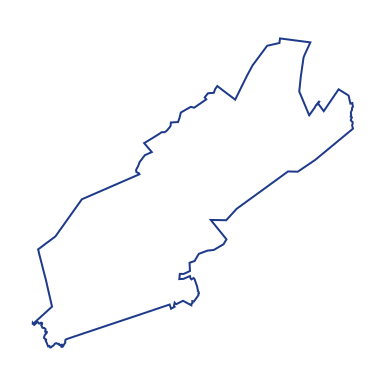 outline of Rayones, Nuevo León, Mexico, rotated 88°
{"feature_id": "50627088B56763529788020", "entity_name": "Rayones", "entity_type": "district", "adm_level": 2, "iso_a3": "MEX", "parent_name": "Mexico", "parent_adm1": "Nuevo León", "projection": "orthographic", "projection_center": [-100.065, 25.075], "detail": "fine", "context": "isolated", "style": "outline", "palette": "blue", "viewbox_px": 384, "rotation_deg": 88, "n_neighbors": 0, "source": "geoboundaries", "source_scale": "gbopen_adm2", "svg_char_len": 3780}
<svg xmlns="http://www.w3.org/2000/svg" viewBox="0 0 384 384"><g transform="rotate(88 192 192)"><path d="M41.6,98.7L46.1,99.4L48.5,111.8L67.5,127.0L77.7,133.0L101.2,145.6L91.4,157.7L87.0,163.0L90.0,165.3L93.6,166.7L93.9,172.6L97.9,176.0L99.9,174.5L107.8,186.8L106.9,190.4L112.2,200.4L117.8,202.0L121.6,203.5L121.8,210.7L124.8,211.0L126.5,212.0L130.0,215.3L131.3,217.2L131.2,220.3L132.7,222.6L141.5,238.1L150.7,230.8L153.6,237.9L160.3,243.3L164.2,244.9L166.0,246.0L168.0,247.1L170.1,246.9L170.7,245.8L171.5,244.3L172.4,243.9L195.4,302.3L218.5,320.0L231.7,330.1L235.8,336.1L236.5,337.0L237.3,338.2L237.3,338.3L244.0,347.8L246.3,347.3L247.5,347.1L260.7,344.2L264.1,343.5L264.9,343.3L265.8,343.1L267.6,342.7L273.7,341.3L301.7,335.9L318.0,355.2L317.3,355.7L318.2,355.8L319.3,354.3L317.9,352.6L316.8,351.4L316.8,351.1L316.7,350.7L316.9,350.2L317.5,349.9L318.0,349.7L318.1,349.3L318.1,348.7L317.8,348.1L317.5,347.8L317.3,347.4L317.3,347.1L317.4,346.8L317.6,346.6L317.9,346.4L318.2,346.3L318.6,346.4L318.8,346.5L319.2,346.6L319.5,346.9L319.7,347.2L319.9,347.3L320.7,346.9L321.3,346.7L322.2,346.4L322.7,345.7L322.6,344.7L323.1,344.0L323.5,343.5L323.7,343.3L324.0,343.2L324.3,343.1L324.7,343.2L325.0,343.3L325.3,343.4L325.6,343.5L325.8,343.6L326.1,343.6L326.4,343.6L326.5,343.6L326.7,343.4L326.7,343.2L326.6,342.8L326.6,342.4L326.6,342.1L326.9,341.9L327.0,341.9L327.3,342.0L327.9,342.3L328.2,342.5L328.4,342.7L328.5,342.9L328.8,343.1L329.1,343.6L329.5,343.8L329.9,344.1L330.2,344.3L330.8,344.5L331.1,344.6L331.5,344.8L331.8,344.9L332.2,344.9L332.5,344.9L332.8,344.9L333.2,344.6L333.4,344.4L333.5,344.2L333.8,343.7L334.1,343.3L334.2,343.1L334.5,342.9L335.0,343.0L335.3,343.4L341.2,341.2L341.0,340.7L340.9,340.3L340.9,340.0L341.1,339.8L341.3,339.6L341.6,339.6L342.1,339.5L342.3,339.3L342.4,339.0L342.4,338.5L342.2,338.2L341.6,337.5L341.3,337.1L341.0,336.5L340.5,335.8L340.2,335.4L339.8,335.1L339.3,334.6L338.9,334.3L338.6,333.9L338.4,333.4L338.3,333.0L338.5,332.7L338.8,332.2L339.0,331.7L339.2,331.2L339.2,330.9L339.2,330.5L339.1,330.3L339.2,330.2L339.3,330.1L339.6,330.1L339.9,330.1L340.3,329.9L340.4,329.6L340.5,329.1L340.4,328.8L340.3,328.5L340.3,328.3L340.2,328.0L340.1,327.8L340.1,327.5L340.1,327.4L340.1,327.1L340.3,327.0L340.5,327.0L341.1,327.5L341.4,327.8L341.7,328.0L341.8,328.1L342.0,328.1L342.2,327.9L342.2,327.7L341.5,327.6L342.0,326.6L338.1,323.9L337.2,324.0L335.5,323.7L334.7,322.7L303.7,218.3L307.9,217.0L306.1,213.4L305.2,214.0L302.0,213.2L303.0,212.3L303.4,211.9L303.5,211.5L300.4,204.8L305.2,196.6L303.6,196.4L303.1,195.5L301.1,195.5L301.5,193.9L295.4,189.2L294.0,189.2L293.6,188.6L293.3,188.7L292.5,188.8L291.9,189.0L291.7,189.3L291.5,189.5L291.4,189.6L290.8,189.5L289.9,189.6L289.2,189.8L287.0,190.1L279.4,192.4L278.0,193.4L279.3,195.6L278.2,196.5L275.9,197.0L278.5,203.4L278.6,207.7L273.4,207.0L273.6,203.2L270.9,196.8L262.6,196.9L261.1,191.9L254.0,187.3L251.1,178.4L250.7,172.3L245.3,162.3L240.5,159.2L220.6,174.2L221.4,158.8L210.3,147.9L174.8,95.3L175.4,85.6L164.0,67.4L163.9,67.3L163.8,67.2L134.3,28.9L132.6,29.3L131.6,29.6L130.7,29.6L129.9,29.3L129.1,29.0L128.3,29.0L127.7,29.1L127.3,29.3L127.1,29.9L126.7,30.2L126.1,30.7L125.8,30.8L125.3,30.7L124.7,30.5L124.2,30.2L123.7,29.9L123.4,29.7L123.1,29.6L122.9,29.7L122.8,29.9L122.6,30.2L122.4,30.5L122.1,30.8L120.8,30.2L120.1,30.3L118.9,30.5L117.7,30.3L116.4,29.7L115.6,29.3L114.7,29.2L114.0,29.2L113.6,29.1L113.0,28.7L112.6,28.3L112.4,28.2L108.7,28.7L109.2,30.6L101.0,32.2L94.5,41.9L115.8,57.5L108.0,62.9L106.2,61.7L106.1,61.9L106.3,62.1L106.7,62.5L107.0,62.8L107.9,63.6L108.1,63.4L108.9,63.9L109.3,64.3L109.5,64.7L109.5,64.8L109.5,65.0L112.0,66.5L119.5,72.2L119.4,72.3L119.1,72.4L118.9,72.4L95.3,81.3L80.9,79.3L61.9,75.9L61.5,75.8L58.9,74.7L46.6,68.5L41.6,98.7Z" fill="none" stroke="#1e3a8a" stroke-width="2"/></g></svg>